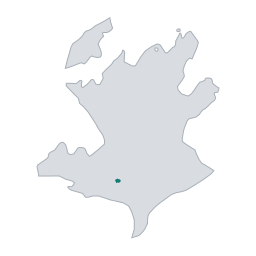 Shirvan City, Shirvan, Azerbaijan shown in context, rotated 92°
{"feature_id": "54616110B45272408011177", "entity_name": "Shirvan City", "entity_type": "district", "adm_level": 2, "iso_a3": "AZE", "parent_name": "Azerbaijan", "parent_adm1": "Shirvan", "projection": "equal_earth", "projection_center": [48.921, 39.972], "detail": "fine", "context": "in_parent", "style": "filled", "palette": "teal", "viewbox_px": 256, "rotation_deg": 92, "n_neighbors": 0, "source": "geoboundaries", "source_scale": "gbopen_adm2", "svg_char_len": 3419}
<svg xmlns="http://www.w3.org/2000/svg" viewBox="0 0 256 256"><g transform="rotate(92 128 128)"><path d="M179.1,215.7L178.0,215.6L169.9,217.6L168.2,217.0L161.3,207.9L159.9,206.8L156.9,206.4L155.1,204.9L153.7,202.5L152.9,200.7L145.8,195.8L144.7,194.0L144.6,192.4L145.7,191.0L146.9,189.8L150.4,188.5L154.4,187.5L155.7,186.7L156.4,185.4L156.4,183.3L155.7,181.2L149.9,177.5L149.2,175.9L149.1,173.9L149.4,171.8L150.3,170.2L155.1,168.0L157.6,165.7L156.1,163.2L151.0,157.4L144.9,151.0L140.8,151.0L136.1,152.9L128.6,158.3L124.5,160.6L119.0,164.5L113.1,168.7L108.2,173.3L105.2,177.1L99.8,178.7L97.1,181.9L88.0,191.3L85.5,191.2L85.3,186.5L85.5,182.8L85.0,180.6L82.1,177.7L82.1,176.4L82.9,175.6L85.1,176.1L88.0,176.0L89.3,174.8L86.3,170.9L83.6,168.3L81.3,166.6L80.8,165.6L80.8,164.8L81.3,163.9L85.3,161.8L85.7,159.9L85.5,157.7L79.2,154.5L74.5,155.7L70.4,152.0L67.7,149.3L64.4,146.3L61.4,144.6L58.6,140.9L53.6,137.0L50.4,135.9L50.5,135.3L51.1,134.6L52.4,134.0L61.4,134.2L62.5,133.5L63.0,131.8L64.3,129.4L65.8,125.8L65.7,122.8L56.8,117.9L50.4,113.4L46.0,107.5L43.1,102.1L43.2,100.3L44.1,98.5L51.1,93.6L51.6,92.3L51.5,91.4L49.0,88.9L46.0,86.3L45.0,84.3L43.1,83.4L39.4,83.3L32.9,80.1L31.6,79.8L31.3,79.1L31.6,78.5L36.3,77.2L36.2,76.1L34.8,74.7L32.2,73.7L29.9,71.1L29.1,68.8L37.6,62.1L40.1,60.7L45.5,62.0L56.8,66.4L56.0,68.9L57.2,70.3L59.7,72.2L64.7,74.1L69.0,75.1L71.1,74.2L74.4,73.5L78.6,75.7L82.5,78.5L84.4,79.7L85.5,80.0L88.4,79.1L92.1,75.5L93.5,71.1L93.9,69.0L91.9,66.1L87.6,63.0L82.9,60.2L79.8,57.8L77.9,53.0L76.0,52.5L75.5,51.9L75.2,50.2L75.3,47.9L76.0,46.2L77.9,45.4L79.9,45.2L81.7,43.5L83.9,40.2L84.9,38.4L89.0,39.4L89.6,42.4L90.3,43.0L92.0,42.6L94.9,41.4L97.2,42.4L100.1,45.9L104.1,49.5L106.3,52.0L107.2,53.7L109.2,55.4L112.3,57.4L114.7,60.4L116.8,67.6L119.0,69.2L126.8,71.9L129.6,72.5L137.3,73.5L140.0,72.8L144.0,66.6L147.6,60.3L151.0,59.0L157.0,55.9L160.7,53.0L162.2,49.9L165.6,44.0L167.7,40.7L171.2,43.7L177.4,51.6L186.2,64.6L188.4,68.3L189.8,72.5L191.0,77.7L193.0,82.3L202.0,93.8L205.9,98.1L212.2,103.6L214.5,104.8L217.4,105.2L222.8,105.2L227.9,107.4L230.3,108.9L232.9,111.1L235.2,113.6L237.6,120.4L228.9,118.2L220.1,118.5L215.2,120.0L210.4,122.0L205.8,124.8L202.9,130.3L200.5,143.0L197.0,154.9L197.1,160.5L198.7,165.8L198.5,168.3L196.9,169.4L194.8,171.6L192.1,182.6L190.8,184.8L189.0,186.2L188.5,184.9L188.6,182.0L184.8,179.4L182.8,182.3L181.4,188.4L178.5,194.7L178.4,196.0L179.1,215.7ZM49.9,103.2L50.3,101.5L49.2,100.8L48.1,100.7L47.1,101.6L47.0,103.7L48.4,104.0L49.9,103.2ZM20.3,152.8L19.0,151.0L18.4,150.0L22.3,149.2L28.8,146.9L30.5,148.0L32.4,150.4L33.3,152.5L33.4,156.3L34.1,156.9L37.3,155.6L38.7,157.1L41.1,159.0L45.2,160.8L51.3,158.0L54.3,157.2L56.8,157.3L58.1,158.2L58.6,161.1L58.0,164.8L57.3,166.8L58.5,168.3L63.4,171.8L65.5,173.8L64.4,177.2L68.0,185.5L69.2,188.7L70.6,192.7L63.1,191.2L49.4,187.8L45.7,186.1L42.2,181.4L40.2,179.2L37.1,176.3L34.5,175.2L32.6,173.2L31.6,170.3L30.0,167.6L27.2,164.5L21.1,153.9L20.3,152.8ZM29.7,82.2L28.9,82.8L27.6,82.2L27.2,80.9L27.3,79.6L28.6,79.2L29.7,79.6L29.9,80.9L29.7,82.2Z" fill="#d9dde1" stroke="#a8b0b8" stroke-width="1"/><path d="M180.0,136.9L180.2,137.3L180.3,137.8L180.5,138.1L181.1,138.2L181.4,137.9L181.6,137.7L181.8,137.6L182.2,137.3L182.3,137.3L182.2,137.1L182.1,136.7L182.2,136.0L182.2,135.5L182.0,134.8L181.7,134.5L180.9,134.2L180.5,134.6L180.2,135.4L180.2,135.9L180.3,136.5L180.1,136.9L180.0,136.9Z" fill="#14b8a6" stroke="#0f766e" stroke-width="1.5"/></g></svg>